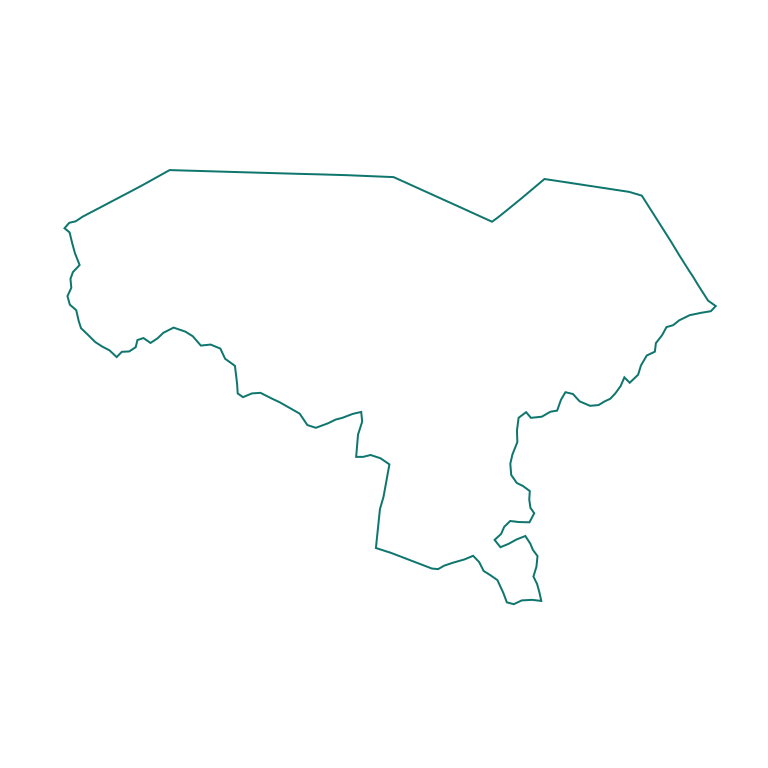 outline of Igaci, Alagoas, Brazil, rotated 3°
{"feature_id": "56859067B49327509467855", "entity_name": "Igaci", "entity_type": "district", "adm_level": 2, "iso_a3": "BRA", "parent_name": "Brazil", "parent_adm1": "Alagoas", "projection": "natural_earth1", "projection_center": [-36.674, -9.569], "detail": "fine", "context": "isolated", "style": "outline", "palette": "teal", "viewbox_px": 768, "rotation_deg": 3, "n_neighbors": 0, "source": "geoboundaries", "source_scale": "gbopen_adm2", "svg_char_len": 2114}
<svg xmlns="http://www.w3.org/2000/svg" viewBox="0 0 768 768"><g transform="rotate(3 384 384)"><path d="M543.1,591.8L552.4,592.4L550.1,584.0L547.3,575.6L543.3,568.5L545.8,558.4L546.3,547.8L541.4,541.9L538.4,535.7L533.1,528.4L524.5,532.3L516.6,537.2L508.8,540.9L502.6,533.9L508.8,527.6L511.5,520.4L517.2,514.2L525.5,514.8L536.5,514.5L540.8,505.2L536.7,500.0L535.1,491.7L535.2,483.3L528.1,478.6L521.8,475.9L515.8,468.2L514.3,457.0L515.9,447.8L520.2,435.0L519.2,423.5L520.2,410.7L527.4,404.7L532.5,410.1L543.3,408.4L551.6,403.0L558.3,401.5L561.6,390.4L565.6,382.7L573.2,384.1L580.3,391.1L590.9,395.0L599.4,393.8L605.1,389.9L610.7,386.9L615.4,381.4L620.4,373.7L623.7,364.8L629.3,369.9L637.3,361.4L639.6,352.1L644.9,341.8L652.8,337.5L653.4,328.9L659.1,320.8L663.1,312.4L669.7,310.1L675.4,305.0L685.6,299.3L697.0,296.3L706.6,294.2L711.2,288.8L703.3,283.8L696.0,273.7L691.7,267.6L687.1,260.8L683.0,255.3L678.4,248.8L671.8,239.5L663.4,227.1L631.6,182.4L618.7,179.3L533.5,170.9L511.8,191.2L495.0,206.4L488.9,211.8L483.4,216.3L438.3,198.6L382.8,176.9L336.2,177.4L305.7,178.1L287.7,178.6L237.2,179.8L158.7,181.6L132.4,198.1L125.1,202.5L74.4,232.6L67.5,237.7L61.2,239.5L56.8,245.2L62.1,249.1L65.1,259.2L68.5,269.5L73.8,281.1L67.5,288.5L65.4,295.4L66.7,304.3L63.3,312.8L66.1,321.2L72.8,326.4L75.8,337.0L78.5,344.1L85.7,350.3L93.4,357.2L100.7,361.4L108.2,364.8L115.6,371.1L120.5,365.6L127.9,364.8L134.1,360.2L135.5,353.0L141.4,350.7L148.7,355.2L155.4,350.3L161.0,344.4L170.9,338.7L182.9,342.1L190.5,346.3L199.1,355.2L208.8,353.7L218.7,357.2L224.0,367.1L234.2,373.7L237.3,391.6L238.4,401.1L243.9,404.5L252.6,400.3L261.1,399.3L273.4,404.7L280.8,407.7L301.3,418.0L309.6,429.0L318.2,431.3L330.1,426.2L337.7,422.0L344.1,420.0L354.3,415.5L362.7,413.1L364.2,422.7L360.7,435.9L360.4,445.9L360.0,458.2L366.9,457.9L374.3,455.6L384.3,458.3L393.6,464.0L389.4,496.8L386.5,509.1L384.5,548.2L400.2,552.4L441.6,565.8L447.8,566.0L453.5,562.3L462.1,558.9L473.2,555.1L482.0,550.9L488.4,556.9L493.3,565.5L500.3,569.4L507.5,573.9L514.1,586.4L518.1,595.6L525.1,597.1L532.9,592.9L543.1,591.8Z" fill="none" stroke="#0f766e" stroke-width="2"/></g></svg>